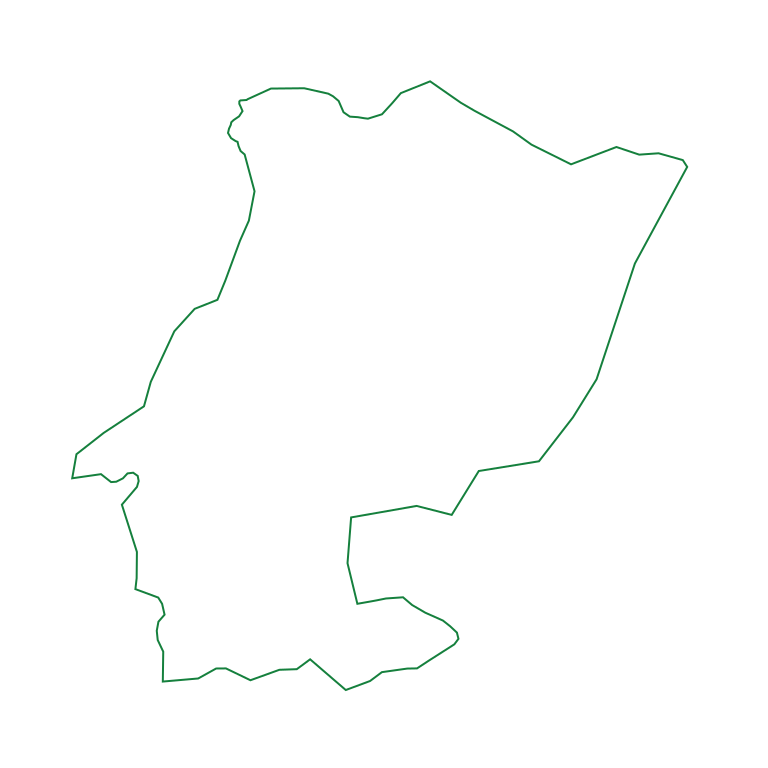 Macina, Ségou, Mali, rotated 86°
{"feature_id": "8926073B71452714760112", "entity_name": "Macina", "entity_type": "district", "adm_level": 2, "iso_a3": "MLI", "parent_name": "Mali", "parent_adm1": "Ségou", "projection": "mercator", "projection_center": [-5.365, 14.021], "detail": "fine", "context": "isolated", "style": "outline", "palette": "green", "viewbox_px": 768, "rotation_deg": 86, "n_neighbors": 0, "source": "geoboundaries", "source_scale": "gbopen_adm2", "svg_char_len": 1481}
<svg xmlns="http://www.w3.org/2000/svg" viewBox="0 0 768 768"><g transform="rotate(86 384 384)"><path d="M648.6,332.0L643.4,327.5L637.1,328.6L630.3,334.9L624.1,341.7L615.0,358.8L606.5,371.3L598.1,379.9L598.1,397.0L599.3,406.3L600.0,412.5L601.4,425.9L560.2,432.9L514.8,426.1L507.9,360.0L519.3,325.6L477.4,295.5L471.9,234.8L430.4,197.8L394.1,171.6L281.3,125.3L188.6,66.4L181.5,70.3L173.0,94.0L173.0,113.4L163.8,135.6L177.9,182.1L155.5,220.2L141.0,237.7L117.7,274.7L108.9,287.6L85.3,316.9L95.0,346.9L104.4,356.2L114.8,367.2L118.2,381.5L117.5,385.1L116.0,391.5L114.9,399.4L110.1,405.4L98.5,409.5L93.4,414.8L90.5,419.3L83.4,443.0L81.4,476.2L90.4,500.2L91.1,501.3L91.1,507.5L92.0,508.6L94.4,508.8L97.8,507.5L101.9,506.1L106.9,509.9L110.3,515.7L112.3,518.1L114.9,518.8L118.5,520.8L122.7,522.1L128.1,519.4L131.3,515.1L132.2,513.2L136.5,512.5L141.6,510.8L145.3,507.0L182.7,499.7L211.6,507.4L231.1,517.7L269.8,535.1L288.4,544.3L295.8,567.6L316.8,589.5L365.6,616.5L389.5,625.0L413.2,667.0L432.6,695.7L456.3,701.6L454.2,672.6L462.8,663.1L462.8,657.9L459.9,651.0L455.3,646.1L455.0,640.4L458.5,636.1L463.7,635.5L469.4,637.6L486.1,653.9L534.3,642.2L560.5,644.3L571.3,646.3L581.3,624.1L587.8,620.7L598.8,619.0L605.4,625.6L614.3,627.9L623.6,627.6L635.6,622.9L665.4,625.4L664.8,589.9L656.1,571.3L656.7,561.5L670.2,537.9L661.8,508.3L662.4,490.9L653.5,476.9L686.6,443.5L679.3,418.6L671.3,406.2L669.5,380.7L670.0,370.9L663.1,358.6L648.6,332.0Z" fill="none" stroke="#15803d" stroke-width="2"/></g></svg>